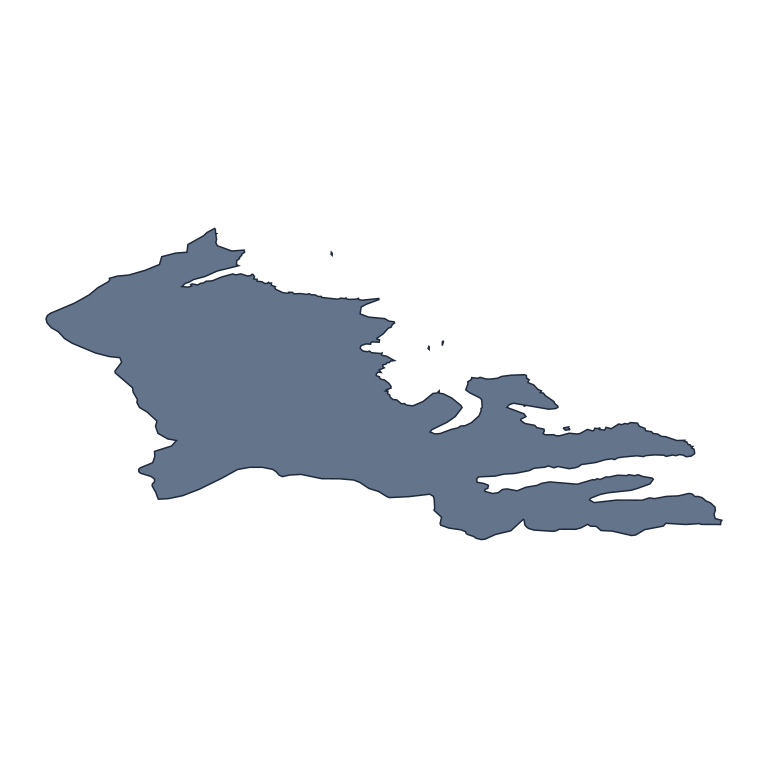 the district of Árneshreppur, Vestfirðir, Iceland
{"feature_id": "244011B92022671609099", "entity_name": "Árneshreppur", "entity_type": "district", "adm_level": 2, "iso_a3": "ISL", "parent_name": "Iceland", "parent_adm1": "Vestfirðir", "projection": "equal_earth", "projection_center": [-21.632, 66.077], "detail": "fine", "context": "isolated", "style": "filled", "palette": "slate", "viewbox_px": 768, "rotation_deg": 0, "n_neighbors": 0, "source": "geoboundaries", "source_scale": "gbopen_adm2", "svg_char_len": 6122}
<svg xmlns="http://www.w3.org/2000/svg" viewBox="0 0 768 768"><path d="M50.6,313.2L47.5,315.4L46.4,317.7L46.1,319.3L47.1,323.0L51.4,327.8L58.3,331.7L64.6,338.6L72.3,343.3L95.5,353.0L109.5,356.6L119.9,357.7L121.6,362.3L115.0,371.0L115.2,372.9L132.6,387.8L133.1,392.1L137.4,399.5L136.9,402.5L139.5,407.5L147.0,411.9L157.0,421.1L155.5,426.3L158.0,433.4L167.9,439.0L176.5,440.5L171.5,446.0L154.5,451.4L154.8,456.4L152.7,462.7L140.3,467.8L138.8,469.2L138.8,471.7L140.7,473.3L150.9,476.4L154.5,479.0L154.6,481.6L152.4,483.9L152.1,485.8L155.7,492.3L158.3,499.2L168.0,498.7L182.6,495.7L199.4,489.2L222.0,478.1L237.6,469.5L249.8,467.3L262.4,467.3L272.7,469.4L276.1,471.7L278.9,475.0L282.5,476.6L289.8,475.0L301.1,474.4L321.8,478.7L339.6,478.8L353.6,480.0L360.0,482.5L369.0,488.5L378.4,491.4L387.2,496.8L389.6,497.6L409.3,496.6L429.7,494.2L433.2,496.2L434.1,498.4L434.7,508.1L434.0,510.3L441.5,517.2L440.1,523.6L440.8,525.2L449.0,528.1L460.9,529.8L465.6,531.7L466.1,533.5L468.0,534.6L474.0,536.6L475.8,538.2L481.5,539.6L485.2,539.1L495.4,534.5L510.8,530.8L523.2,519.4L524.0,519.8L524.9,524.9L526.6,527.0L528.6,528.5L534.1,530.1L552.7,531.3L555.6,531.0L559.5,529.2L575.8,529.3L580.9,527.9L587.6,524.4L590.6,526.2L596.3,526.4L600.9,530.5L612.2,531.1L631.5,535.5L635.7,535.0L644.8,529.6L663.2,526.1L665.9,523.3L685.8,524.5L699.2,523.6L701.2,524.4L720.6,524.5L720.7,522.3L721.9,520.3L715.2,518.6L714.0,514.2L715.4,510.4L715.0,507.1L710.5,502.9L706.0,500.9L702.2,497.7L698.3,496.5L694.8,496.5L692.2,494.0L689.0,493.4L678.2,495.9L666.4,496.4L654.6,498.6L649.5,497.9L642.1,500.2L616.5,500.1L594.2,502.6L589.4,499.9L591.1,498.0L600.1,494.5L607.8,492.8L631.2,490.3L637.2,488.5L650.0,483.9L653.3,479.3L652.2,478.1L642.4,476.4L638.2,474.7L634.5,475.7L628.8,474.7L626.9,475.6L617.5,475.2L608.8,477.1L606.1,476.9L600.2,479.5L597.2,478.7L594.5,480.0L592.9,479.6L577.3,484.2L549.6,481.9L541.8,483.3L536.9,485.4L525.7,487.3L517.2,490.8L507.0,488.9L502.3,489.5L498.2,492.7L492.6,493.5L484.6,491.3L485.2,489.3L487.8,488.4L488.4,485.3L484.0,483.5L477.0,482.2L476.7,478.7L478.6,476.9L495.2,476.1L504.0,474.1L514.5,473.5L528.9,470.7L534.3,468.2L544.9,467.2L548.4,465.9L553.8,467.8L558.1,466.5L569.0,468.7L575.1,467.8L578.7,466.6L581.2,464.6L595.8,462.5L605.3,459.7L612.0,458.8L614.6,459.6L617.8,457.8L622.3,457.1L636.8,455.8L643.6,456.6L645.8,455.6L654.6,454.9L663.9,455.2L666.1,456.4L672.7,455.0L675.8,455.7L679.4,454.6L683.1,455.1L686.2,456.8L691.2,456.1L694.5,453.8L694.7,452.8L694.0,449.2L691.6,448.0L692.8,446.5L690.9,446.4L690.2,444.9L688.1,444.5L686.8,442.0L684.5,441.5L685.0,440.3L676.7,440.5L665.8,436.7L661.2,436.3L657.8,434.1L653.0,433.4L651.5,431.7L645.6,430.7L645.0,428.4L639.3,426.2L637.5,423.1L630.3,422.6L627.8,424.0L624.8,423.5L621.7,424.7L618.8,424.0L611.2,428.7L606.0,427.3L604.6,430.2L599.6,429.4L600.0,428.3L599.4,427.9L598.4,428.6L594.8,428.2L593.8,430.5L592.5,430.9L587.6,429.4L579.8,433.6L577.1,434.0L569.2,433.2L559.5,435.8L555.8,435.7L553.8,434.7L545.3,434.8L543.1,433.5L544.3,430.9L543.9,429.1L536.9,427.7L534.6,425.3L524.9,423.5L520.7,420.4L520.7,419.3L526.0,416.6L524.0,413.8L506.9,407.4L509.2,404.7L513.6,403.2L525.0,405.2L523.6,406.4L526.5,405.4L548.7,409.2L555.5,408.6L557.9,407.4L557.9,406.3L554.7,403.4L554.0,401.6L545.3,395.6L543.4,393.1L540.2,392.6L541.5,390.9L538.0,389.5L533.7,384.9L528.0,382.6L528.3,380.8L529.2,379.9L526.6,378.1L526.4,375.5L524.4,374.7L511.0,375.2L501.7,376.4L497.6,378.2L490.2,379.1L485.9,379.0L480.2,377.3L477.6,378.3L471.7,377.6L471.4,379.5L467.7,381.8L468.0,383.8L465.7,389.8L470.0,393.0L479.8,397.8L481.6,399.6L482.3,407.4L481.0,408.5L481.2,410.3L479.2,415.7L471.3,422.8L465.0,425.7L460.4,426.1L457.8,427.9L450.9,429.5L440.3,433.5L435.0,433.9L430.0,432.0L432.0,429.6L447.0,422.3L455.2,416.6L462.1,407.6L460.8,405.4L451.6,397.9L443.0,393.7L439.4,393.3L439.2,390.8L437.0,393.1L433.0,393.4L423.1,401.5L412.7,405.9L406.1,405.0L404.7,403.6L401.3,403.7L396.8,399.9L393.0,399.5L390.2,397.2L389.7,395.0L387.6,393.8L387.9,391.7L385.4,391.0L387.5,390.0L386.8,389.6L391.1,388.0L390.9,386.1L388.9,383.4L384.3,379.8L381.7,379.5L379.4,378.0L379.5,376.8L376.4,375.8L376.3,374.0L378.0,372.1L381.1,372.5L379.2,369.9L384.3,367.8L382.7,366.4L382.9,364.7L385.9,364.2L387.2,362.5L389.0,362.7L390.7,361.1L394.5,360.6L386.3,356.1L382.2,355.4L381.6,354.9L382.0,353.0L381.0,353.5L371.5,352.7L369.5,351.1L367.4,351.7L363.1,351.1L360.4,348.7L360.3,347.2L361.4,345.4L366.1,343.9L370.6,344.2L370.7,342.8L372.6,341.9L379.2,342.2L379.5,339.8L376.9,339.1L377.0,338.2L383.4,333.7L388.4,328.1L391.0,327.3L392.2,324.8L394.6,322.9L394.1,321.8L388.9,321.1L384.7,318.6L368.7,317.1L360.1,313.9L361.1,307.1L366.2,304.3L378.9,299.6L378.8,298.5L361.8,300.2L358.7,299.5L358.5,298.3L356.7,299.1L349.5,299.4L346.8,299.1L346.0,297.9L344.9,298.6L340.7,298.1L338.1,299.2L321.9,297.5L321.3,296.4L318.4,296.5L314.8,294.8L311.3,294.8L309.2,293.7L306.8,294.4L299.7,293.5L294.2,293.9L292.3,292.3L289.1,292.3L289.5,292.8L287.9,293.2L283.2,292.8L275.8,289.4L274.5,287.3L275.3,286.7L271.4,285.3L271.5,283.0L269.6,283.3L268.6,282.3L267.3,283.3L264.9,283.5L261.9,281.7L257.0,281.2L257.1,279.3L253.8,279.0L254.5,276.6L253.1,274.5L251.9,274.3L250.5,275.6L247.5,276.0L241.0,273.9L235.4,274.9L232.9,273.9L221.5,277.0L212.3,280.8L205.8,281.3L203.6,283.0L200.5,283.3L197.7,285.0L192.2,283.9L190.7,284.6L191.7,285.9L187.9,287.2L181.9,286.5L185.2,283.4L189.1,282.2L193.4,279.6L205.0,276.5L217.0,271.1L238.7,265.7L236.5,264.6L236.7,260.7L239.5,258.6L239.4,257.5L241.6,255.5L241.7,254.3L244.6,252.2L244.2,250.1L231.6,251.0L217.3,245.7L215.8,242.6L216.6,239.4L215.8,234.4L216.8,233.6L215.5,233.2L215.4,229.3L214.6,228.4L207.0,232.5L203.4,235.9L187.9,244.5L186.9,252.2L175.6,253.1L161.7,256.7L159.5,264.5L144.9,270.4L128.9,275.0L117.5,276.1L109.4,278.3L109.6,280.2L108.4,281.7L98.0,287.6L89.3,294.8L74.6,303.1L50.6,313.2ZM568.8,426.9L563.8,427.8L563.5,428.4L565.4,430.2L569.5,429.7L569.8,429.2L568.5,427.9L568.8,426.9ZM442.3,345.6L443.5,341.5L443.1,341.1L442.3,341.9L442.3,345.6ZM332.1,255.3L332.2,253.2L331.3,252.2L331.1,254.3L332.1,255.3ZM429.2,349.5L429.1,346.5L428.8,346.3L428.1,348.5L429.2,349.5Z" fill="#64748b" stroke="#1e293b" stroke-width="1.5"/></svg>